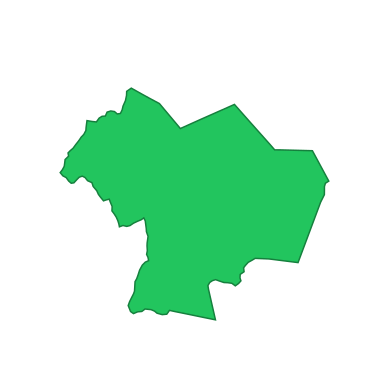 Itaporanga, Paraíba, Brazil, rotated 323°
{"feature_id": "56859067B19196458255642", "entity_name": "Itaporanga", "entity_type": "district", "adm_level": 2, "iso_a3": "BRA", "parent_name": "Brazil", "parent_adm1": "Paraíba", "projection": "robinson", "projection_center": [-38.236, -7.279], "detail": "fine", "context": "isolated", "style": "filled", "palette": "green", "viewbox_px": 384, "rotation_deg": 323, "n_neighbors": 0, "source": "geoboundaries", "source_scale": "gbopen_adm2", "svg_char_len": 1841}
<svg xmlns="http://www.w3.org/2000/svg" viewBox="0 0 384 384"><g transform="rotate(323 192 192)"><path d="M110.2,89.7L107.9,92.1L105.4,94.6L101.9,96.2L98.4,97.2L98.6,101.4L100.2,104.8L100.1,109.0L100.8,112.3L103.2,113.6L107.5,112.8L110.8,112.3L113.9,113.3L115.3,116.1L115.4,120.1L117.7,124.3L116.4,128.1L116.7,133.7L115.8,137.7L115.8,141.0L116.0,145.8L118.5,146.6L121.6,147.9L120.6,151.2L119.5,155.5L116.7,158.9L116.7,162.3L116.4,166.4L115.5,170.3L114.4,173.4L113.1,176.1L116.7,177.2L119.2,180.2L122.3,181.5L126.5,181.7L130.9,182.6L134.8,183.6L137.9,183.7L137.3,186.9L133.5,193.6L131.7,196.3L130.2,201.0L125.5,205.7L123.7,207.9L120.9,212.1L118.2,214.5L117.5,217.8L116.0,220.7L112.5,219.9L108.3,220.5L103.1,222.9L99.0,225.8L95.6,228.0L92.6,229.3L89.2,233.3L86.4,236.6L84.1,238.1L80.4,239.9L76.2,242.0L72.7,244.3L71.0,250.5L72.1,253.9L76.5,255.0L80.0,257.2L84.1,257.2L88.5,261.3L90.4,264.6L91.1,267.7L94.4,272.0L98.3,274.4L102.8,273.0L106.4,277.2L115.7,287.7L125.9,299.3L133.8,308.2L146.6,279.7L148.4,276.3L151.8,274.9L155.0,275.1L158.1,276.2L160.2,279.4L163.0,283.5L165.9,285.9L168.9,288.9L170.1,293.0L174.1,293.1L177.6,292.4L178.6,289.5L180.9,286.8L185.6,287.0L187.6,283.6L190.4,282.8L194.6,282.0L198.8,282.6L202.5,283.0L213.1,291.7L234.2,312.2L288.5,277.6L296.1,273.8L298.9,270.2L301.0,267.4L303.8,265.3L307.8,265.6L313.0,231.5L288.6,212.1L283.4,208.1L282.9,200.8L280.4,170.5L278.6,147.6L242.5,139.2L220.9,134.3L219.2,101.8L214.2,91.0L210.7,83.2L206.0,72.5L200.4,72.3L197.8,75.5L193.8,79.0L188.6,81.9L185.6,84.4L182.1,86.2L179.3,84.7L178.5,81.1L175.9,78.4L172.3,77.1L168.5,79.2L165.7,77.4L162.3,77.1L157.8,78.5L154.6,75.5L151.1,71.8L149.0,73.9L146.2,76.8L144.3,79.0L140.2,80.9L136.5,81.5L133.7,82.5L131.0,83.3L127.9,84.1L123.3,85.5L119.7,85.7L116.5,86.2L115.0,89.1L110.2,89.7Z" fill="#22c55e" stroke="#15803d" stroke-width="1.5"/></g></svg>